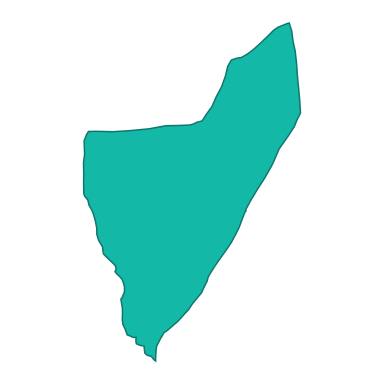 the district of Bolloh, Grand Kru, Liberia
{"feature_id": "62588387B86571798658395", "entity_name": "Bolloh", "entity_type": "district", "adm_level": 2, "iso_a3": "LBR", "parent_name": "Liberia", "parent_adm1": "Grand Kru", "projection": "robinson", "projection_center": [-8.406, 4.96], "detail": "fine", "context": "isolated", "style": "filled", "palette": "teal", "viewbox_px": 384, "rotation_deg": 0, "n_neighbors": 0, "source": "geoboundaries", "source_scale": "gbopen_adm2", "svg_char_len": 1708}
<svg xmlns="http://www.w3.org/2000/svg" viewBox="0 0 384 384"><path d="M233.3,59.4L231.3,60.1L227.8,66.1L225.5,75.9L221.7,86.5L216.1,97.1L212.0,106.5L206.3,114.4L202.1,120.9L196.6,122.4L192.9,124.2L189.0,125.1L177.8,125.5L166.1,125.7L149.1,128.8L135.7,130.1L127.8,130.8L112.7,131.7L95.7,131.3L88.5,131.5L86.5,134.7L84.1,140.8L84.3,146.5L84.6,154.6L83.5,162.5L83.7,173.6L83.6,184.0L83.8,193.6L84.6,196.1L87.8,199.9L89.0,205.1L92.0,210.5L93.6,214.7L95.4,221.2L96.8,228.4L96.8,234.2L98.6,240.2L100.3,243.2L102.5,246.8L103.0,251.6L103.7,254.3L109.2,259.7L113.4,263.6L115.6,266.1L116.1,269.4L115.0,271.5L116.3,273.4L119.9,276.8L122.0,279.3L123.5,283.0L124.6,287.4L124.4,291.9L122.1,297.7L120.9,299.1L121.7,304.1L122.4,308.2L122.5,312.8L122.3,319.6L122.9,324.4L125.0,328.8L127.2,334.9L130.4,336.1L133.1,337.5L136.0,337.2L135.9,341.4L136.4,343.8L140.2,345.4L144.1,346.1L144.3,349.0L144.9,353.2L147.1,355.2L151.3,356.4L153.9,359.7L155.7,361.0L155.6,358.4L156.0,351.5L156.5,346.5L160.7,338.2L162.8,334.8L163.7,333.0L167.4,330.4L170.6,327.6L178.3,320.9L185.3,313.1L188.5,309.8L190.9,306.1L192.4,303.8L197.3,297.9L201.5,292.8L203.6,288.1L207.2,281.0L208.1,277.2L210.1,273.6L214.5,266.7L218.9,260.2L225.9,250.5L231.1,242.8L235.8,234.2L238.7,228.3L239.3,227.1L242.2,219.1L244.9,212.2L246.0,211.0L245.5,210.1L250.4,201.0L257.3,189.5L264.6,178.2L271.1,166.8L273.8,161.4L279.2,148.8L287.8,136.6L289.5,134.0L294.3,126.7L296.9,120.2L300.5,113.0L299.7,100.1L298.9,91.4L297.6,77.8L296.4,61.9L295.1,50.5L293.2,42.2L291.7,30.9L290.0,25.6L289.3,23.0L287.8,23.3L280.1,26.4L277.8,27.3L273.7,30.2L268.8,35.1L260.3,43.3L253.4,49.5L247.0,54.3L241.3,57.5L236.4,58.3L233.3,59.4Z" fill="#14b8a6" stroke="#0f766e" stroke-width="1.5"/></svg>